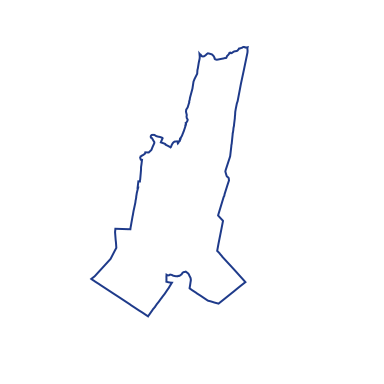 Baleni, Dâmbovita, Romania (Natural Earth projection), rotated 322°
{"feature_id": "2599482B16788296681180", "entity_name": "Baleni", "entity_type": "district", "adm_level": 2, "iso_a3": "ROU", "parent_name": "Romania", "parent_adm1": "Dâmbovita", "projection": "natural_earth1", "projection_center": [25.648, 44.814], "detail": "fine", "context": "isolated", "style": "outline", "palette": "blue", "viewbox_px": 384, "rotation_deg": 322, "n_neighbors": 0, "source": "geoboundaries", "source_scale": "gbopen_adm2", "svg_char_len": 5879}
<svg xmlns="http://www.w3.org/2000/svg" viewBox="0 0 384 384"><g transform="rotate(322 192 192)"><path d="M177.4,278.6L176.5,267.8L176.5,267.7L176.0,261.5L176.1,261.3L175.9,257.4L176.0,257.1L175.6,253.9L181.1,249.0L187.5,243.5L198.6,233.9L198.7,233.7L198.4,230.6L198.1,226.6L198.7,226.1L213.9,215.4L215.1,214.9L216.3,213.8L224.3,208.3L227.9,205.9L228.2,205.7L228.4,205.5L228.7,204.9L229.2,204.1L229.4,203.8L229.5,203.4L229.5,203.0L229.5,202.8L229.4,202.5L229.1,201.3L229.1,201.2L229.2,200.6L229.6,199.6L229.9,198.8L230.8,196.6L230.9,196.4L231.1,196.2L232.1,195.4L243.4,187.8L243.8,187.5L244.1,187.3L250.9,180.4L251.9,179.3L252.5,178.8L252.9,178.5L259.9,171.2L260.0,171.0L260.4,170.6L260.7,170.5L260.9,170.3L262.7,168.6L264.1,167.1L265.9,165.6L266.9,164.5L271.3,160.1L271.6,159.7L272.5,158.7L273.4,157.8L275.4,155.5L277.7,153.4L281.9,149.8L283.9,148.5L286.4,146.3L292.8,140.7L297.1,136.9L307.5,128.2L321.4,116.4L322.7,115.0L323.9,113.1L324.9,112.2L323.9,111.8L323.6,111.3L323.2,111.2L322.9,111.0L322.8,110.7L322.8,110.4L322.4,109.9L322.0,109.5L321.4,109.2L320.5,109.2L319.5,108.8L318.4,108.5L317.8,108.2L317.6,107.9L317.2,107.9L316.8,108.2L315.7,108.4L314.8,108.6L314.0,108.4L311.8,107.2L310.1,107.0L309.1,107.0L308.4,106.8L308.1,106.5L308.1,106.1L307.7,106.0L307.6,105.8L307.6,105.6L307.4,105.6L307.2,105.6L306.9,105.5L306.6,105.8L305.7,106.1L304.7,106.3L303.7,106.4L303.2,106.5L302.2,107.1L301.6,107.4L301.2,107.3L300.2,106.6L299.1,106.2L297.6,105.4L293.6,103.4L292.7,102.8L292.2,102.0L291.9,101.5L291.9,100.8L292.4,100.1L292.7,98.3L292.6,97.0L292.4,95.8L290.9,93.7L289.9,92.5L288.6,92.4L286.9,92.6L285.1,92.5L284.0,91.9L283.3,91.0L283.4,89.1L283.0,88.1L283.0,87.7L281.3,90.3L280.0,91.7L277.0,94.2L272.8,98.1L271.3,99.3L268.9,102.0L263.6,104.5L261.2,105.9L256.0,110.8L248.3,116.6L247.1,117.8L245.5,118.9L245.2,119.5L240.6,122.7L238.2,123.5L236.7,125.0L235.3,128.1L234.2,129.1L233.4,130.5L233.3,131.4L233.2,131.8L233.2,132.2L232.9,132.6L231.6,133.4L230.5,133.7L230.0,133.9L229.8,133.9L229.6,133.8L229.4,134.2L229.2,134.4L229.0,134.5L229.1,134.8L228.9,135.0L228.4,135.2L228.5,135.3L228.4,135.4L228.2,135.5L227.7,135.8L227.0,136.3L225.4,137.4L224.3,138.1L223.0,139.0L222.5,139.2L221.8,139.7L220.7,140.3L219.9,140.8L218.7,141.5L218.2,141.7L216.7,142.3L216.3,142.6L215.7,143.0L215.4,143.3L214.9,143.5L214.6,143.7L214.6,143.4L214.5,143.5L214.4,143.5L211.6,144.8L210.8,145.0L210.9,144.7L211.2,144.4L211.5,144.0L211.6,143.7L211.7,143.3L211.7,143.2L211.1,142.7L210.1,142.1L209.4,141.6L208.9,141.5L208.6,141.5L207.8,141.5L207.3,141.6L206.8,141.7L205.1,142.4L204.4,142.8L203.2,143.5L202.9,143.6L202.6,143.6L202.6,143.4L202.3,142.8L202.0,142.1L201.3,140.5L200.8,139.5L200.3,138.5L200.3,138.1L200.5,137.8L200.3,137.3L198.0,133.7L199.5,132.8L201.9,131.6L202.0,131.4L202.0,131.1L201.7,130.6L201.1,129.6L200.3,128.5L199.8,128.0L199.2,127.3L199.0,127.0L198.8,126.7L198.3,126.1L197.5,123.9L196.5,123.0L195.9,122.6L195.4,122.3L194.9,122.3L194.3,122.4L194.0,122.6L193.6,122.9L193.3,123.4L193.2,123.6L193.1,123.9L193.6,124.9L193.1,128.7L193.1,129.2L192.9,129.7L192.4,130.2L192.0,130.5L191.4,130.8L189.3,131.9L188.2,132.5L187.0,133.2L186.4,133.6L185.7,133.9L184.3,134.0L182.2,134.2L179.6,132.0L178.6,132.8L178.1,132.8L176.5,132.8L175.9,132.7L175.5,132.5L175.1,132.5L174.8,132.5L174.5,132.6L173.8,132.4L173.5,132.3L173.3,132.5L172.9,132.7L172.6,132.8L172.2,133.1L172.0,133.9L171.6,134.8L171.9,135.4L171.7,135.8L171.9,136.0L172.2,136.1L169.1,139.2L167.2,141.0L165.5,143.1L163.1,145.7L158.8,150.3L157.9,151.0L157.6,151.2L157.4,151.6L157.1,151.4L156.3,150.6L154.3,152.6L154.2,152.7L151.8,155.1L152.3,155.4L152.1,155.6L151.8,155.7L148.0,158.7L145.1,161.4L145.0,161.5L144.9,161.7L143.6,162.9L143.4,163.1L142.4,163.9L142.2,164.1L141.0,165.3L140.8,165.5L140.3,165.9L140.1,166.1L136.5,169.1L134.1,171.1L130.8,174.1L130.5,174.3L124.5,179.7L123.3,180.8L121.7,182.2L120.5,183.4L118.9,182.1L109.0,173.8L107.1,175.8L106.7,176.2L102.5,182.5L101.1,184.8L99.9,186.6L98.4,188.8L98.2,189.1L98.0,189.4L97.6,189.6L95.1,190.7L86.6,194.6L68.8,197.6L64.1,198.4L63.3,198.5L61.4,198.5L59.3,198.5L59.1,198.5L59.2,198.9L59.8,200.8L60.1,201.5L60.4,202.6L61.2,204.9L62.0,207.1L62.4,208.4L62.7,209.3L66.3,219.9L66.4,220.1L66.7,221.1L67.9,224.6L69.7,229.8L74.0,242.6L74.2,243.5L75.3,246.7L77.2,252.4L78.6,256.2L79.1,257.7L79.9,260.2L80.8,262.9L81.0,262.8L81.3,262.7L83.0,262.3L83.8,262.0L85.2,261.6L86.1,261.3L87.2,261.0L89.3,260.3L89.8,260.2L90.3,260.2L91.6,259.8L91.8,259.8L92.2,259.8L92.7,259.5L93.8,259.2L94.9,258.8L96.2,258.5L97.5,258.2L98.0,258.1L102.1,256.9L102.5,256.8L102.8,256.8L103.6,256.5L105.5,256.0L107.6,255.5L111.9,254.1L112.2,254.0L114.9,253.2L115.0,253.1L120.3,251.1L119.3,250.2L118.1,248.9L117.2,247.8L116.6,246.9L117.1,246.4L117.4,246.0L117.6,245.7L117.8,245.4L118.2,245.0L119.6,243.1L121.0,241.5L121.2,242.0L121.4,242.6L121.7,242.9L122.0,243.1L122.4,243.4L122.7,243.5L123.5,243.5L124.0,243.7L124.3,244.1L125.0,244.9L125.2,245.3L125.5,246.1L126.1,246.9L126.7,247.6L127.1,248.1L127.7,248.6L128.5,249.4L128.7,249.5L128.9,249.5L129.3,249.6L129.5,249.6L129.7,250.0L130.1,250.2L130.9,250.4L131.6,250.4L132.5,250.4L133.0,250.5L133.3,250.4L133.5,250.3L134.4,250.0L134.6,249.9L134.9,249.9L135.3,249.9L135.8,249.9L136.1,250.0L137.4,250.7L137.6,250.8L137.9,250.8L138.0,250.9L138.1,251.0L138.8,253.7L138.8,254.1L138.8,254.4L138.8,254.6L138.8,255.0L138.6,255.7L138.4,256.4L138.3,257.1L138.0,258.5L137.9,259.0L137.7,259.3L136.9,260.7L136.4,261.1L136.3,261.3L136.2,261.4L135.8,261.7L133.4,264.0L133.1,264.3L132.9,264.5L132.6,264.7L131.6,265.7L131.1,266.1L130.9,266.2L130.8,266.5L131.0,267.2L131.6,269.3L133.2,273.9L133.4,274.8L133.5,275.1L134.9,279.0L136.3,283.3L137.5,287.0L137.6,287.3L137.9,287.8L139.2,289.4L140.6,291.4L141.6,292.9L144.2,296.3L153.8,296.2L161.6,296.1L163.2,296.1L167.0,296.0L172.0,295.9L178.6,295.9L178.3,291.1L178.1,288.6L177.7,282.7L177.4,278.6Z" fill="none" stroke="#1e3a8a" stroke-width="2"/></g></svg>